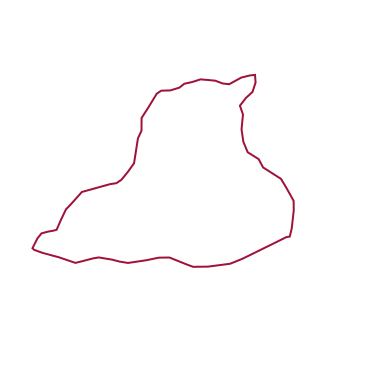 Quebracho, Cerro Largo, Uruguay (Equal Earth projection), rotated 32°
{"feature_id": "84410073B4065456644538", "entity_name": "Quebracho", "entity_type": "district", "adm_level": 2, "iso_a3": "URY", "parent_name": "Uruguay", "parent_adm1": "Cerro Largo", "projection": "equal_earth", "projection_center": [-54.796, -32.593], "detail": "fine", "context": "isolated", "style": "outline", "palette": "rose", "viewbox_px": 384, "rotation_deg": 32, "n_neighbors": 0, "source": "geoboundaries", "source_scale": "gbopen_adm2", "svg_char_len": 991}
<svg xmlns="http://www.w3.org/2000/svg" viewBox="0 0 384 384"><g transform="rotate(32 192 192)"><path d="M298.5,178.0L296.0,170.3L288.0,153.6L282.8,145.6L269.7,138.4L260.5,133.7L239.3,133.5L231.1,128.8L218.2,128.8L208.8,122.1L200.8,112.6L194.2,99.3L186.9,93.4L187.9,83.6L190.3,75.0L187.9,65.5L183.4,59.3L179.3,62.5L173.2,68.8L166.4,80.9L160.5,83.7L152.7,85.3L145.9,88.7L139.5,92.0L133.9,98.6L128.1,104.3L126.0,110.2L119.7,117.4L112.3,122.3L110.0,127.3L110.2,143.4L110.0,155.9L116.7,166.8L117.7,175.1L127.6,198.3L127.0,208.2L126.4,213.3L125.6,219.2L123.2,224.6L118.4,228.7L98.6,250.3L95.6,267.6L94.3,273.4L95.6,284.9L97.2,295.8L95.0,298.2L91.3,301.5L86.3,306.8L85.5,313.2L86.5,324.2L88.8,324.7L97.7,322.8L113.7,317.9L130.7,313.9L136.5,307.9L143.4,300.6L147.6,296.9L160.1,291.7L167.4,289.4L175.3,286.1L189.5,274.0L198.6,265.3L207.6,259.5L224.6,256.5L232.5,254.9L245.0,246.9L262.3,232.7L270.1,222.0L286.3,195.9L295.9,180.3L298.5,178.0Z" fill="none" stroke="#9f1239" stroke-width="2"/></g></svg>